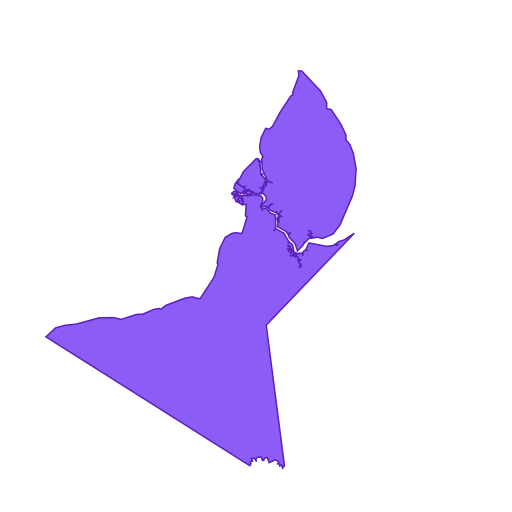 Merauke, Papua, Indonesia (Albers equal-area conic projection), rotated 122°
{"feature_id": "22746128B65756496772256", "entity_name": "Merauke", "entity_type": "district", "adm_level": 2, "iso_a3": "IDN", "parent_name": "Indonesia", "parent_adm1": "Papua", "projection": "albers", "projection_center": [139.088, -7.869], "detail": "fine", "context": "isolated", "style": "filled", "palette": "violet", "viewbox_px": 512, "rotation_deg": 122, "n_neighbors": 0, "source": "geoboundaries", "source_scale": "gbopen_adm2", "svg_char_len": 6057}
<svg xmlns="http://www.w3.org/2000/svg" viewBox="0 0 512 512"><g transform="rotate(122 256 256)"><path d="M418.8,120.7L309.2,210.7L184.6,184.7L195.5,189.7L200.3,193.8L202.2,194.3L203.4,192.6L203.5,192.6L204.1,193.2L204.4,193.8L204.5,193.7L204.8,192.9L204.5,193.8L204.4,193.9L203.4,192.7L202.3,194.3L206.4,196.3L210.3,201.0L216.8,217.9L223.9,217.2L223.8,216.4L224.2,216.0L224.0,217.2L229.5,218.8L229.2,218.1L229.4,217.1L229.5,216.9L229.9,216.9L230.1,217.2L230.2,216.9L230.3,216.9L229.5,218.6L232.1,223.0L234.6,221.6L234.8,219.4L236.4,218.8L235.5,216.1L235.8,215.7L236.9,217.3L237.3,216.7L238.9,216.1L239.1,213.8L239.9,212.9L242.5,212.3L241.3,213.1L243.3,213.4L239.5,213.7L238.9,216.2L237.4,217.7L236.1,217.1L236.5,218.9L234.8,219.8L234.7,222.2L235.5,222.7L235.7,222.0L235.8,222.0L235.8,222.3L236.0,222.3L235.8,222.3L235.7,222.1L235.8,223.3L234.7,224.4L236.8,225.2L237.0,226.5L237.6,227.0L237.8,227.6L236.9,226.5L236.7,225.2L235.0,225.2L234.6,224.3L234.7,223.9L235.7,223.0L234.8,222.4L234.5,222.0L232.4,223.2L232.5,223.8L233.4,224.3L233.6,224.6L233.6,224.8L232.4,223.9L232.1,223.4L233.1,228.2L234.4,228.3L234.8,227.5L235.3,227.5L234.4,229.5L234.4,228.4L232.1,228.7L232.7,231.6L232.8,231.1L233.0,230.9L234.0,230.6L234.3,230.7L232.4,231.7L233.4,232.4L233.7,232.7L233.7,232.8L231.3,231.6L230.6,232.1L230.1,232.2L230.8,234.1L230.3,234.2L230.3,233.9L229.7,233.9L229.5,233.6L230.0,232.1L231.3,231.5L232.6,231.5L231.2,230.0L232.0,229.9L231.9,228.7L232.8,227.9L231.7,226.6L227.0,231.0L226.4,235.9L227.7,235.3L228.0,235.6L228.3,235.5L226.3,236.1L221.9,244.3L222.3,253.8L224.3,254.0L225.4,254.6L222.3,253.9L211.0,261.1L212.0,267.2L210.0,273.0L212.5,274.7L212.5,276.2L212.7,275.9L212.6,275.6L212.7,275.4L213.2,275.4L213.4,275.1L213.7,275.1L211.6,278.7L205.6,279.4L203.0,281.4L202.6,284.3L204.9,289.7L209.6,295.3L210.9,298.8L213.1,299.6L213.5,299.5L214.0,298.6L215.0,297.6L216.2,297.6L214.8,296.4L216.4,297.2L216.3,296.1L216.7,296.2L216.8,295.9L217.2,295.5L219.6,294.4L217.2,291.8L227.6,286.2L227.5,284.4L242.6,280.2L244.7,280.3L247.2,286.0L250.1,288.8L256.7,292.0L269.2,290.6L282.4,285.3L282.9,283.8L296.7,280.3L321.1,280.8L322.6,282.0L324.4,288.4L329.1,293.7L345.5,306.3L351.6,308.4L351.8,310.3L355.2,314.2L365.3,321.2L369.0,326.5L381.0,336.5L383.8,344.3L391.6,356.3L409.1,372.5L416.4,381.7L423.2,387.9L435.9,391.3L437.1,150.1L435.0,150.1L433.8,151.7L431.7,150.2L430.1,152.5L428.4,150.2L430.0,146.6L428.7,148.4L426.0,148.3L423.8,145.1L426.0,142.0L425.1,141.1L422.9,141.8L421.0,139.6L424.3,135.3L418.5,131.6L418.5,127.5L420.8,127.5L420.0,125.5L421.5,124.5L419.6,123.3L421.8,121.1L418.8,120.7ZM185.3,201.2L154.5,206.0L144.0,209.2L129.0,217.3L117.2,228.0L111.7,235.6L109.9,241.0L105.4,244.2L99.2,254.0L91.9,270.0L93.6,274.1L88.3,277.5L81.9,288.6L74.9,315.1L76.5,318.2L80.4,315.2L98.1,311.5L99.9,310.1L101.8,311.3L121.6,311.7L137.2,310.7L141.5,312.0L142.6,315.4L152.7,314.4L161.1,311.0L165.9,307.2L168.0,302.8L170.6,302.7L179.1,296.7L186.4,285.7L185.9,285.1L185.1,280.4L186.3,285.6L190.1,285.7L190.6,284.6L190.9,284.6L190.1,285.6L192.1,286.3L194.1,285.1L199.0,284.5L200.1,279.4L202.5,277.1L211.0,278.0L211.0,276.4L208.6,274.1L208.8,271.1L207.8,271.6L206.3,271.5L203.9,270.8L203.4,269.9L207.7,271.5L209.8,268.9L208.6,261.7L206.6,261.8L208.6,261.7L209.2,258.6L208.7,258.9L208.9,259.7L208.7,259.9L207.6,259.2L207.2,258.7L206.8,258.7L205.7,258.5L204.9,258.7L204.6,258.4L207.2,258.6L208.8,259.8L208.6,259.2L208.9,258.4L209.2,258.4L209.4,259.0L210.5,257.3L211.1,257.3L209.7,257.1L209.0,256.5L208.9,255.5L211.1,257.1L211.1,257.3L210.9,257.5L210.5,257.4L210.6,257.8L214.3,255.0L214.0,255.9L219.7,253.4L219.3,243.8L220.8,240.0L220.0,240.4L219.9,239.4L219.3,240.1L219.0,240.0L219.2,239.3L218.9,239.7L218.2,239.6L218.2,239.4L219.1,239.2L219.2,239.6L219.1,239.9L219.2,240.0L219.9,239.4L220.9,239.9L222.8,237.5L224.7,229.5L229.7,223.6L222.7,221.9L218.9,221.9L218.7,223.3L218.8,221.8L210.6,219.6L209.8,218.4L210.2,220.8L209.4,221.7L209.9,221.7L210.2,222.1L210.3,223.2L210.6,222.8L210.8,222.9L210.8,223.1L210.3,223.3L209.9,221.8L209.3,221.8L208.3,221.7L207.6,221.1L207.7,221.6L206.9,221.9L206.9,222.6L206.7,222.8L206.2,222.9L206.0,223.1L206.7,224.3L206.6,224.5L205.9,223.1L206.2,222.8L206.8,222.7L206.8,222.0L207.5,221.1L210.1,220.9L209.7,218.3L212.4,219.4L207.4,213.7L205.9,208.9L196.6,202.4L185.3,201.2ZM200.2,286.2L200.5,284.6L195.7,286.2L195.0,287.0L195.4,287.2L196.0,288.0L196.0,288.3L194.9,287.0L195.0,286.8L186.0,288.1L184.3,295.1L176.1,301.1L176.1,301.5L175.9,301.8L174.4,303.1L174.0,304.5L172.5,305.7L173.3,307.4L191.1,311.4L198.7,310.7L203.2,311.3L203.3,310.1L204.3,308.9L204.1,308.3L204.6,307.5L204.3,307.1L204.2,305.2L204.5,304.0L202.8,302.3L204.5,302.7L204.7,302.2L204.6,301.8L204.6,301.6L204.8,301.2L205.5,300.7L206.5,300.4L203.7,297.9L203.7,292.6L202.5,292.1L203.8,292.5L203.9,291.2L201.4,285.8L200.6,286.3L200.2,286.3L200.2,286.7L200.1,287.1L200.2,286.2ZM211.3,302.1L206.5,300.4L204.7,301.4L204.8,302.5L204.1,303.1L204.6,303.9L204.6,307.6L204.1,310.3L203.4,310.2L203.9,310.8L203.1,311.4L199.3,311.3L206.1,312.0L210.3,310.7L211.3,302.1ZM219.9,295.1L217.2,295.6L216.2,297.7L214.6,298.2L215.3,298.6L215.3,298.8L214.5,298.3L213.3,299.7L212.3,299.7L213.3,302.4L215.1,301.7L215.0,300.8L215.1,299.9L215.1,301.7L218.1,300.8L218.0,299.5L218.5,298.9L219.0,298.5L219.8,298.1L219.9,295.1ZM219.3,300.8L215.5,301.7L213.5,303.5L217.6,305.3L220.4,301.8L219.3,300.8ZM204.2,297.2L208.7,298.5L208.2,295.5L204.4,291.9L204.2,297.2ZM216.6,308.4L212.4,304.8L211.9,305.3L212.5,308.8L215.8,309.9L216.6,308.4ZM208.9,298.8L204.9,298.8L208.1,300.9L209.8,300.1L208.9,298.8ZM175.7,302.0L173.7,302.0L172.7,304.9L173.9,304.6L174.4,302.9L175.7,302.0ZM218.1,306.1L213.2,303.7L212.9,304.0L215.3,306.7L218.1,306.1ZM220.1,300.4L219.7,298.2L218.1,299.5L218.3,300.8L220.1,300.4ZM189.3,287.5L189.0,286.4L187.6,286.5L188.2,287.2L189.3,287.5ZM211.4,258.5L213.7,257.4L214.1,257.0L212.3,257.5L211.4,258.5ZM182.3,294.4L183.7,294.0L183.5,293.6L182.3,294.4ZM204.3,298.3L205.2,298.5L204.0,297.5L204.3,298.3ZM193.1,286.3L194.3,285.6L194.5,285.5L193.1,286.3Z" fill="#8b5cf6" stroke="#5b21b6" stroke-width="1.5"/></g></svg>